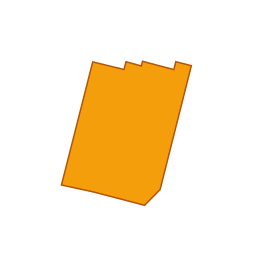 outline of Tres Lomas, Buenos Aires, Argentina, rotated 59°
{"feature_id": "61730980B65792055556448", "entity_name": "Tres Lomas", "entity_type": "district", "adm_level": 2, "iso_a3": "ARG", "parent_name": "Argentina", "parent_adm1": "Buenos Aires", "projection": "orthographic", "projection_center": [-62.914, -36.49], "detail": "fine", "context": "isolated", "style": "filled", "palette": "amber", "viewbox_px": 256, "rotation_deg": 59, "n_neighbors": 0, "source": "geoboundaries", "source_scale": "gbopen_adm2", "svg_char_len": 324}
<svg xmlns="http://www.w3.org/2000/svg" viewBox="0 0 256 256"><g transform="rotate(59 128 128)"><path d="M142.6,214.4L164.6,191.0L202.8,153.6L197.3,132.2L107.2,41.6L95.8,52.9L101.5,58.6L89.8,70.1L78.3,81.2L81.7,84.6L70.2,95.6L75.8,101.3L53.2,124.2L142.6,214.4Z" fill="#f59e0b" stroke="#b45309" stroke-width="1.5"/></g></svg>